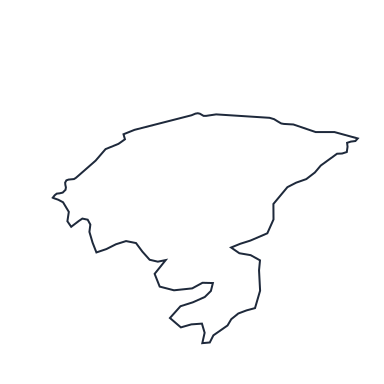 outline of Gālla, rotated 119°
{"feature_id": "LKA-2464", "entity_name": "Gālla", "entity_type": "District", "adm_level": 1, "iso_a3": "LKA", "parent_name": "Sri Lanka", "parent_adm1": "", "projection": "mercator", "projection_center": [80.274, 6.202], "detail": "fine", "context": "isolated", "style": "outline", "palette": "slate", "viewbox_px": 384, "rotation_deg": 119, "n_neighbors": 0, "source": "natural_earth", "source_scale": "10m", "svg_char_len": 1450}
<svg xmlns="http://www.w3.org/2000/svg" viewBox="0 0 384 384"><g transform="rotate(119 192 192)"><path d="M264.5,311.0L261.4,310.5L259.0,309.5L257.3,307.1L255.2,304.8L251.4,303.7L249.1,304.5L247.2,306.2L245.3,307.5L242.7,307.5L241.8,306.7L241.0,306.0L237.9,301.5L236.3,300.6L235.9,300.4L232.4,299.1L211.3,291.5L202.6,289.7L196.4,288.4L185.6,279.7L183.2,278.5L178.4,276.2L174.7,279.9L165.5,272.4L125.1,229.6L121.8,227.0L121.4,226.5L120.3,225.1L119.7,223.0L119.8,218.8L118.6,216.6L116.9,214.4L112.4,208.5L89.5,160.1L88.5,155.5L88.7,151.3L88.8,147.2L87.9,144.6L83.8,136.1L79.6,112.8L70.5,96.4L64.8,73.0L68.2,73.8L70.9,77.5L73.8,80.2L77.0,77.9L82.0,76.0L85.6,79.4L88.2,83.7L106.4,92.2L115.4,94.0L125.3,98.3L133.3,105.4L141.5,110.9L163.0,115.0L176.5,107.4L191.6,106.1L206.2,117.4L213.9,124.7L221.6,130.9L222.6,120.9L218.8,110.1L218.8,99.4L228.0,95.4L245.3,84.6L263.0,80.6L269.1,86.9L275.8,92.6L284.2,96.0L291.5,96.2L307.0,103.8L315.0,103.5L319.2,109.7L309.0,112.7L302.3,119.5L308.1,128.4L315.8,136.1L312.9,150.2L297.5,146.7L288.1,137.8L277.6,129.9L269.4,127.5L261.5,129.6L266.3,138.8L276.2,145.1L286.7,160.1L290.4,174.4L281.7,185.0L264.3,182.0L269.5,188.1L271.8,196.2L268.2,206.5L263.8,216.2L266.9,225.9L274.6,233.2L283.4,239.2L291.2,246.3L284.5,254.4L276.6,262.4L269.8,265.1L266.8,269.8L268.4,275.0L272.3,277.0L281.0,280.8L278.0,286.8L269.1,290.1L263.5,299.8L263.6,305.2L264.5,310.5L264.5,311.0Z" fill="none" stroke="#1e293b" stroke-width="2"/></g></svg>